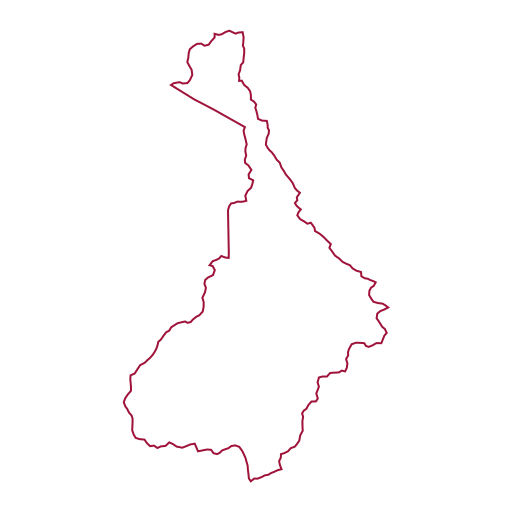 Jaraguá do Sul, Santa Catarina, Brazil (Mercator projection)
{"feature_id": "56859067B43014186257508", "entity_name": "Jaraguá do Sul", "entity_type": "district", "adm_level": 2, "iso_a3": "BRA", "parent_name": "Brazil", "parent_adm1": "Santa Catarina", "projection": "mercator", "projection_center": [-49.158, -26.432], "detail": "fine", "context": "isolated", "style": "outline", "palette": "rose", "viewbox_px": 512, "rotation_deg": 0, "n_neighbors": 0, "source": "geoboundaries", "source_scale": "gbopen_adm2", "svg_char_len": 3954}
<svg xmlns="http://www.w3.org/2000/svg" viewBox="0 0 512 512"><path d="M294.9,446.6L296.9,444.1L299.2,440.8L300.3,435.2L302.7,430.8L302.5,426.2L302.4,421.1L303.1,416.8L302.1,413.4L303.7,410.7L306.4,408.8L308.4,405.0L311.5,401.5L315.9,401.4L317.8,398.5L316.3,393.5L317.8,389.6L318.9,386.7L317.6,382.4L318.9,377.5L322.4,376.5L327.0,376.5L330.0,373.1L332.9,372.7L336.3,372.6L339.2,372.3L341.7,370.6L345.1,371.4L346.8,367.8L347.4,363.5L346.1,359.0L348.2,355.4L348.0,352.3L348.9,349.2L351.7,344.2L356.0,342.7L360.9,342.9L364.3,343.2L365.9,345.9L368.7,346.9L372.2,345.5L376.4,343.1L381.3,343.2L382.9,339.3L384.3,335.7L386.7,332.9L384.9,329.0L382.3,326.9L380.4,323.9L378.5,320.9L376.6,318.3L377.3,313.6L380.3,311.1L384.3,309.5L388.2,307.5L385.5,305.4L382.5,303.6L378.1,303.1L373.5,301.8L371.5,299.1L369.1,295.1L369.4,290.7L371.0,287.7L373.7,285.9L375.7,282.3L373.2,281.1L370.6,280.2L367.8,278.8L364.6,278.2L361.4,276.3L361.0,272.0L356.4,270.7L352.6,268.4L349.9,265.2L346.4,263.8L342.6,261.9L339.0,258.4L335.0,255.6L332.1,251.4L329.4,247.8L330.8,244.1L326.9,240.4L323.4,236.8L319.6,233.7L315.0,231.0L314.5,227.8L312.5,225.0L310.8,222.7L307.4,223.7L304.0,221.3L300.1,219.1L297.3,215.3L298.6,212.1L300.8,209.4L298.4,207.5L296.4,205.5L294.9,203.0L297.3,200.3L296.8,197.3L299.9,192.8L296.8,190.3L294.8,187.9L292.7,183.1L290.5,180.0L288.6,177.7L286.0,174.7L283.6,170.6L281.4,167.4L279.7,162.6L276.6,159.6L274.4,155.8L271.7,152.2L269.6,150.4L267.5,147.6L265.9,144.8L266.2,141.8L266.8,137.9L268.7,133.7L269.0,130.4L267.7,127.8L267.6,124.6L266.8,120.9L262.0,120.6L258.0,118.8L257.4,115.1L256.4,111.1L255.3,107.7L256.2,104.5L254.0,101.6L250.9,99.6L250.9,95.1L250.1,91.3L247.9,88.0L244.2,85.0L241.8,80.7L239.1,80.9L239.3,77.8L238.6,74.3L240.1,70.2L240.8,65.0L243.2,62.4L243.6,58.3L244.2,53.3L244.2,48.5L242.9,45.7L243.3,42.2L243.6,37.3L242.6,32.2L238.2,32.6L235.6,33.6L232.9,32.4L229.3,30.7L225.4,32.1L221.6,34.3L218.5,34.9L214.6,33.8L214.6,37.5L211.2,41.2L208.7,44.7L204.6,45.7L201.1,43.6L197.0,43.9L193.3,46.2L189.8,49.2L188.7,53.2L188.3,57.8L187.3,62.1L189.5,66.2L191.6,69.8L192.3,74.9L189.9,80.1L187.4,83.1L182.7,83.5L179.7,82.2L176.4,82.7L173.5,83.3L171.0,85.0L193.9,99.2L213.8,109.6L244.9,127.1L243.6,130.6L244.2,134.2L245.5,139.1L246.7,144.4L245.6,147.9L245.3,151.2L246.2,155.5L244.8,159.7L245.2,163.0L248.3,165.3L251.4,169.9L248.6,174.4L249.0,178.2L253.2,180.3L252.4,183.9L251.1,187.7L247.6,191.0L245.3,195.7L246.3,200.8L243.3,201.6L240.5,201.8L237.6,201.6L234.0,203.0L231.1,203.4L229.2,206.2L228.0,210.3L228.8,252.8L228.7,257.9L225.6,257.6L221.3,256.0L219.2,258.4L216.4,259.9L212.8,261.1L209.6,265.2L212.7,266.1L214.8,270.1L213.0,275.1L208.0,277.5L205.2,280.0L204.4,283.8L205.9,287.7L205.0,292.3L202.4,297.7L203.7,302.2L203.6,307.0L202.7,311.6L199.3,315.3L196.4,316.7L192.9,319.5L190.6,322.1L187.5,322.8L185.1,321.5L182.2,322.1L177.6,323.2L174.1,325.4L171.2,327.3L169.2,330.7L166.2,332.2L163.4,335.9L160.8,339.7L158.3,341.8L157.5,345.4L156.2,349.1L154.7,351.8L152.6,355.0L149.9,358.0L146.9,360.6L144.8,362.7L140.1,365.2L137.0,369.9L134.6,373.6L130.6,375.3L130.3,379.2L130.7,383.6L131.0,387.2L130.9,390.9L127.6,394.7L125.1,398.5L123.8,402.4L125.4,406.5L127.2,408.9L129.0,412.6L131.6,415.5L132.6,418.8L132.5,423.7L132.2,430.3L133.8,434.8L135.7,437.9L139.4,439.1L144.5,439.6L146.9,443.1L150.1,446.2L154.0,445.6L157.4,448.0L160.9,446.4L165.5,445.9L169.3,442.4L172.8,444.0L176.7,446.6L182.3,447.7L186.9,445.9L190.1,444.5L194.7,443.7L196.3,447.2L198.0,451.3L203.1,450.3L207.1,449.5L211.1,449.8L213.5,453.2L217.1,454.1L219.6,452.9L222.3,450.3L225.7,449.1L228.4,448.2L231.4,446.0L235.2,445.4L239.2,446.8L242.0,450.6L243.6,453.7L245.6,458.2L246.5,461.8L247.6,465.4L247.9,469.5L248.4,473.5L248.9,478.5L250.8,481.3L254.3,478.5L257.4,478.7L261.8,477.0L264.7,475.4L268.5,474.7L270.9,473.1L274.3,471.8L277.6,470.2L281.5,469.2L279.9,465.0L279.1,461.1L280.8,457.7L281.0,454.1L284.1,453.2L288.0,451.3L290.7,448.2L294.9,446.6Z" fill="none" stroke="#9f1239" stroke-width="2"/></svg>